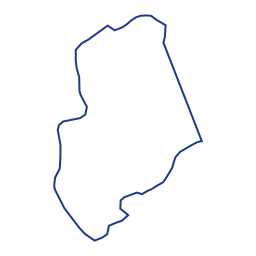 Ilha Grande, Piauí, Brazil
{"feature_id": "56859067B71807415879430", "entity_name": "Ilha Grande", "entity_type": "district", "adm_level": 2, "iso_a3": "BRA", "parent_name": "Brazil", "parent_adm1": "Piauí", "projection": "mercator", "projection_center": [-41.819, -2.833], "detail": "fine", "context": "isolated", "style": "outline", "palette": "blue", "viewbox_px": 256, "rotation_deg": 0, "n_neighbors": 0, "source": "geoboundaries", "source_scale": "gbopen_adm2", "svg_char_len": 879}
<svg xmlns="http://www.w3.org/2000/svg" viewBox="0 0 256 256"><path d="M94.6,240.6L102.0,237.7L107.1,234.3L109.0,225.7L115.4,223.0L121.8,220.8L128.2,215.1L120.3,208.6L120.7,200.4L124.4,197.2L136.7,192.6L142.2,194.1L147.5,190.9L151.5,189.2L157.9,185.2L163.2,182.2L165.9,178.3L170.4,170.9L172.3,167.5L173.8,162.1L175.4,157.3L180.2,151.8L186.8,147.9L193.3,144.2L197.2,142.2L201.8,141.1L163.4,42.6L164.8,37.3L165.6,25.2L160.5,22.2L155.6,19.3L151.3,15.9L146.5,15.4L140.5,15.8L136.0,17.3L131.6,20.2L126.8,24.3L122.4,27.3L118.6,28.8L114.6,30.3L107.7,25.6L92.2,36.8L88.8,39.4L81.6,43.3L75.8,49.8L75.7,60.3L76.7,68.3L79.2,77.0L79.3,83.4L79.5,90.9L80.6,94.9L86.9,106.9L85.3,114.5L80.1,118.1L63.1,121.5L58.9,125.2L57.8,130.2L60.5,145.2L60.4,157.3L59.8,168.4L55.1,177.7L54.2,185.2L54.8,189.4L64.4,208.3L80.1,228.8L85.2,234.1L94.6,240.6Z" fill="none" stroke="#1e3a8a" stroke-width="2"/></svg>